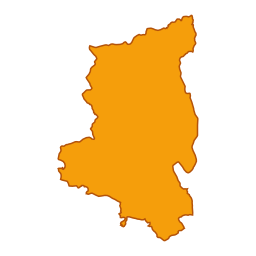 outline of Sanmatenga, Sanmatenga, Burkina Faso
{"feature_id": "67063806B54692073140068", "entity_name": "Sanmatenga", "entity_type": "district", "adm_level": 2, "iso_a3": "BFA", "parent_name": "Burkina Faso", "parent_adm1": "Sanmatenga", "projection": "mercator", "projection_center": [-1.024, 13.246], "detail": "fine", "context": "isolated", "style": "filled", "palette": "amber", "viewbox_px": 256, "rotation_deg": 0, "n_neighbors": 0, "source": "geoboundaries", "source_scale": "gbopen_adm2", "svg_char_len": 5766}
<svg xmlns="http://www.w3.org/2000/svg" viewBox="0 0 256 256"><path d="M192.6,215.0L192.7,212.6L192.3,207.1L192.4,205.8L192.1,202.9L192.2,201.0L191.7,199.1L191.2,197.9L189.4,195.4L189.3,194.7L187.3,193.3L187.5,191.8L187.0,190.9L186.9,189.9L187.4,188.8L186.4,189.0L184.7,188.8L183.8,189.1L182.4,188.3L180.4,186.4L180.1,185.9L180.0,183.2L178.1,180.5L176.8,176.8L173.6,171.2L173.3,170.0L172.8,166.5L172.9,165.8L173.2,165.3L177.1,162.3L178.3,161.9L179.0,162.4L182.6,166.9L184.2,169.7L186.0,171.7L186.4,172.1L187.7,172.7L188.7,172.7L190.3,171.7L192.3,169.7L193.1,168.3L193.3,167.5L193.6,166.9L194.1,166.3L195.3,164.0L196.4,161.3L196.3,159.3L195.2,155.3L192.9,150.4L192.0,147.4L192.2,145.8L193.4,142.9L194.1,140.5L197.0,136.5L197.5,135.4L197.5,125.2L197.8,119.4L197.7,118.2L195.2,114.6L194.9,113.8L193.8,110.1L193.6,108.4L191.8,102.2L190.1,97.8L190.4,95.8L190.0,93.5L189.7,93.3L187.2,93.5L186.4,93.3L185.8,92.8L185.3,92.0L184.9,90.4L184.8,88.9L185.1,86.3L180.5,76.9L180.5,75.8L180.9,74.1L181.0,72.8L179.7,69.3L179.2,66.4L179.6,65.2L180.5,63.3L180.4,62.5L179.5,60.3L179.6,59.5L180.0,58.2L181.5,56.8L182.8,56.6L183.5,56.2L184.4,55.1L185.2,54.5L185.6,53.8L186.7,53.4L187.3,53.0L187.6,52.4L188.8,51.5L191.2,51.4L191.8,51.5L192.6,52.0L192.9,51.9L193.2,50.4L193.0,48.7L194.1,45.8L195.5,43.9L195.7,43.3L195.6,42.7L194.6,40.4L194.7,39.1L194.5,38.2L195.2,36.8L195.3,36.1L195.8,35.7L196.0,35.0L195.9,33.2L194.8,31.5L194.1,29.2L193.5,27.9L193.1,26.1L193.3,25.5L192.9,24.9L193.0,24.6L192.0,24.5L192.9,22.5L192.7,22.2L192.9,22.1L193.2,20.0L192.5,18.8L192.5,17.8L192.1,15.9L191.8,15.5L191.2,15.4L190.6,16.0L189.2,16.7L188.4,16.9L186.8,16.4L185.7,16.4L183.7,16.6L183.2,16.9L182.6,17.5L182.1,18.5L181.5,20.5L180.7,20.5L180.3,19.8L179.5,19.2L179.1,19.1L177.2,19.1L176.1,20.5L175.4,21.7L174.5,22.1L173.0,22.3L172.5,22.1L171.9,22.2L171.3,22.7L170.9,22.8L169.7,24.3L168.9,24.6L168.4,25.0L168.1,25.4L168.5,25.8L168.5,26.0L167.8,27.1L166.7,27.6L166.8,28.3L166.1,28.2L165.4,28.6L164.6,28.4L164.1,28.1L163.3,28.2L163.2,28.4L162.4,28.9L161.8,29.0L160.9,29.6L158.0,30.4L155.3,29.8L153.0,28.8L151.0,28.2L147.9,28.5L147.1,28.8L146.9,29.3L146.6,30.5L146.2,31.2L145.9,33.7L145.1,34.7L144.4,34.8L143.7,34.6L142.9,34.7L140.9,35.2L139.1,34.5L137.1,35.5L134.4,37.4L133.8,38.1L131.8,42.3L130.5,43.8L129.5,44.2L128.5,44.3L127.5,44.2L126.2,42.5L125.6,42.0L125.2,41.9L123.9,42.5L122.7,43.7L120.1,44.4L116.5,44.6L114.8,44.5L112.8,44.0L111.1,44.1L108.7,45.5L106.2,44.9L105.1,45.0L99.7,46.4L96.1,47.5L94.6,47.3L89.9,45.8L89.4,47.1L89.5,48.7L89.7,49.5L90.5,50.3L93.7,54.3L95.9,56.4L96.8,58.5L96.7,59.0L94.6,61.6L94.7,62.5L95.1,63.0L95.2,63.6L95.1,64.5L94.5,65.2L92.0,67.1L90.9,68.4L90.6,69.0L90.4,70.9L90.1,72.0L89.0,74.2L86.2,77.5L86.7,78.7L89.8,83.3L90.3,85.2L91.7,87.6L91.9,88.1L91.8,88.5L91.1,89.4L90.3,89.9L86.9,90.0L86.2,90.4L83.4,93.2L82.6,93.8L82.4,94.7L82.5,95.2L83.4,97.2L84.1,99.0L86.6,101.9L86.9,102.5L87.3,102.9L89.1,103.5L89.4,104.1L89.8,104.5L90.4,104.4L91.7,105.6L91.7,106.0L92.1,107.1L92.2,108.5L93.5,110.7L93.6,111.7L93.8,112.2L93.7,112.7L94.2,112.8L94.9,113.6L94.7,114.0L94.8,114.2L95.2,114.5L96.2,114.6L97.8,116.5L97.7,117.5L96.9,118.4L95.4,119.6L95.1,120.3L94.8,122.0L92.5,124.0L92.2,125.0L92.3,126.3L92.2,126.8L91.3,127.4L91.2,128.3L90.6,128.7L90.6,129.0L92.5,131.5L92.8,134.4L94.0,137.3L94.4,137.9L94.4,138.8L93.9,139.3L91.9,139.0L90.9,138.0L89.2,137.3L86.3,137.7L82.9,139.3L80.3,141.5L79.3,142.0L76.5,141.7L75.2,141.8L71.2,143.5L68.4,144.2L67.4,144.6L66.3,144.6L65.1,145.4L64.4,146.0L63.5,146.2L62.1,146.0L61.5,146.2L60.8,146.8L60.5,147.6L60.9,149.4L61.0,150.8L60.3,152.2L59.2,153.8L58.2,158.8L58.6,159.5L60.8,160.2L63.3,161.5L64.7,163.4L65.2,165.9L64.9,167.5L64.6,167.5L64.2,168.5L63.3,169.3L62.8,169.2L62.6,168.8L62.8,168.1L62.5,167.7L61.6,168.5L61.3,168.3L58.8,168.3L58.2,168.6L58.5,169.2L58.7,171.0L60.6,173.4L61.0,174.2L61.2,175.9L61.0,177.8L60.6,179.4L62.0,180.0L66.9,181.2L67.4,181.6L68.4,183.5L68.9,185.3L69.2,186.0L72.4,186.2L76.4,185.8L76.9,186.2L78.2,187.9L79.0,187.7L80.8,186.3L81.4,186.1L81.5,185.7L81.8,185.5L83.3,185.5L84.0,185.8L84.3,186.7L84.8,186.8L85.3,186.5L86.9,187.1L87.8,188.0L88.1,188.6L88.2,190.4L87.9,191.1L87.2,191.4L86.7,192.0L86.3,192.6L86.3,193.7L86.8,193.6L87.3,194.0L88.6,194.2L91.1,193.2L92.4,193.3L95.9,195.1L98.7,196.3L101.2,196.0L104.7,195.4L107.2,195.5L109.5,196.4L112.4,198.3L115.1,199.5L117.5,201.0L120.3,202.3L120.5,202.4L120.2,202.9L120.4,203.8L120.3,204.5L119.8,205.7L120.9,208.7L120.9,210.3L120.6,211.1L120.9,211.6L120.9,212.2L121.1,212.5L120.7,213.1L119.8,213.3L119.0,213.9L119.8,215.0L120.4,215.4L120.3,217.0L120.4,217.5L121.3,217.7L123.3,217.3L124.6,217.6L125.3,218.3L124.8,219.8L124.2,220.4L122.4,221.6L121.3,222.1L120.7,223.1L120.6,223.5L120.8,224.3L121.7,224.5L121.6,225.1L121.3,225.3L121.9,225.4L121.9,225.9L122.3,225.8L122.9,226.4L122.9,226.5L123.2,226.7L124.3,226.2L124.6,225.5L125.2,224.8L125.6,224.1L125.7,223.3L125.5,222.8L125.6,221.6L126.7,220.2L126.8,219.8L126.9,217.5L127.1,217.0L127.6,216.8L129.5,216.9L132.9,217.9L136.3,218.6L137.2,219.0L139.6,219.3L141.6,219.8L143.1,219.8L144.2,219.5L144.2,219.3L144.9,218.9L145.7,220.8L147.6,222.8L149.9,222.5L150.0,223.8L149.9,224.4L148.2,225.9L149.8,226.5L151.1,226.4L151.7,226.8L152.5,229.5L154.0,231.2L155.2,232.1L156.7,234.1L157.0,234.9L157.0,236.4L157.3,236.8L158.0,237.4L160.2,237.6L163.9,240.5L164.4,240.6L164.9,240.6L167.5,239.2L168.4,238.6L168.7,238.2L169.3,236.9L169.9,236.3L171.6,235.4L174.9,234.9L176.4,234.2L178.3,232.8L178.1,231.6L178.8,230.8L179.5,230.6L181.4,230.5L184.3,228.3L183.8,227.9L184.0,227.6L183.9,227.1L181.9,223.6L181.2,222.8L180.2,222.2L179.4,221.1L178.7,219.9L178.5,218.7L178.9,217.9L180.1,217.1L181.5,216.8L182.0,216.1L182.8,215.6L185.1,214.9L186.3,214.9L188.1,215.2L189.4,214.7L190.0,214.6L192.6,215.0Z" fill="#f59e0b" stroke="#b45309" stroke-width="1.5"/></svg>